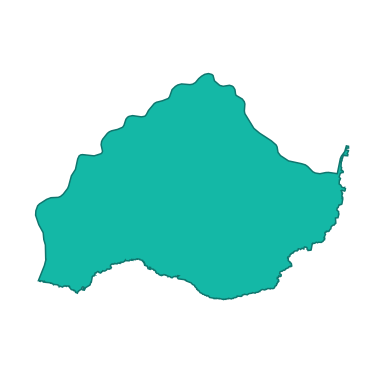 outline of Cabrera, María Trinidad Sánchez, Dominican Republic, rotated 100°
{"feature_id": "3306468B70752003572919", "entity_name": "Cabrera", "entity_type": "district", "adm_level": 2, "iso_a3": "DOM", "parent_name": "Dominican Republic", "parent_adm1": "María Trinidad Sánchez", "projection": "robinson", "projection_center": [-69.932, 19.577], "detail": "fine", "context": "isolated", "style": "filled", "palette": "teal", "viewbox_px": 384, "rotation_deg": 100, "n_neighbors": 0, "source": "geoboundaries", "source_scale": "gbopen_adm2", "svg_char_len": 5944}
<svg xmlns="http://www.w3.org/2000/svg" viewBox="0 0 384 384"><g transform="rotate(100 192 192)"><path d="M290.1,324.6L306.0,327.9L306.0,326.3L306.4,326.3L306.4,325.9L305.7,325.9L305.7,323.2L306.4,322.8L306.0,322.4L306.4,322.0L306.4,321.3L306.0,321.3L306.4,320.9L306.0,315.4L306.4,315.4L306.4,313.4L307.4,312.3L307.0,311.9L306.7,308.0L307.7,307.2L307.7,306.0L308.1,306.0L307.7,305.6L308.1,302.9L307.0,302.1L306.7,300.5L306.4,300.5L306.7,299.4L306.4,299.4L306.0,297.0L306.4,297.0L306.4,296.2L307.0,296.2L309.1,293.9L309.1,291.6L309.4,291.6L309.4,290.8L309.8,290.8L309.8,290.0L310.4,289.2L311.1,289.2L311.5,287.3L310.4,287.3L309.8,286.5L309.1,286.5L307.0,284.1L305.0,283.7L304.3,283.0L304.7,281.8L305.3,281.4L306.0,282.2L307.4,282.6L307.4,281.0L304.7,280.2L301.3,276.3L298.2,275.9L298.2,275.5L292.5,275.5L291.8,274.8L291.8,274.0L290.4,273.6L290.4,273.2L290.1,273.6L288.4,273.2L288.4,272.4L286.7,271.2L286.7,270.1L287.4,269.7L287.7,268.1L287.0,267.3L286.3,267.3L285.7,266.2L285.0,266.2L285.0,264.2L283.6,262.6L282.6,262.3L282.3,259.9L281.6,259.5L281.6,258.7L280.2,258.3L279.2,259.5L278.2,259.5L276.8,258.3L276.8,257.2L276.5,257.2L276.2,255.6L275.8,255.6L275.8,253.3L274.8,252.5L274.8,250.5L274.1,250.5L274.1,249.8L273.5,249.8L273.1,247.8L271.8,246.2L271.1,246.2L271.1,245.5L270.7,245.5L271.1,245.1L270.7,241.9L269.7,241.2L269.7,239.6L269.0,239.6L269.4,238.4L268.7,238.4L268.4,235.7L267.7,235.3L267.7,234.1L267.3,234.1L267.3,231.8L267.7,231.8L268.0,228.7L268.7,228.7L269.0,227.5L269.7,227.5L269.7,226.7L270.7,226.7L271.1,225.9L271.4,226.3L272.4,225.9L272.8,223.2L275.1,222.0L275.5,219.7L274.8,219.3L273.8,220.8L273.5,220.8L273.5,219.7L274.1,219.7L274.8,218.9L274.8,216.5L275.5,216.1L275.5,215.4L275.8,215.4L275.8,214.6L276.5,213.8L277.2,213.8L278.2,212.6L278.2,211.1L279.2,209.9L279.6,207.9L279.2,207.9L279.2,206.8L278.9,206.8L278.5,205.2L278.2,205.2L278.2,203.6L278.5,203.6L278.9,201.3L279.6,200.9L279.2,200.5L279.2,198.6L279.9,197.8L279.9,196.6L278.5,195.4L278.2,193.5L277.9,193.5L277.9,191.9L276.8,191.5L276.8,190.4L277.9,191.5L278.9,191.5L279.9,190.4L279.6,183.7L279.9,183.7L280.2,182.2L280.6,182.2L281.6,177.1L282.9,175.5L283.6,173.2L284.6,172.8L286.3,170.4L287.0,170.4L287.4,169.3L288.0,168.9L288.0,168.1L289.7,166.5L290.1,164.6L290.8,163.8L290.8,162.2L291.4,161.4L291.4,159.1L291.8,159.1L291.4,157.9L292.8,156.4L292.8,151.7L293.1,151.7L292.8,149.7L292.4,149.7L292.4,146.6L292.1,146.6L292.4,142.3L292.1,142.3L291.8,140.0L291.4,140.0L290.8,137.6L290.4,137.6L290.4,134.5L289.7,133.7L289.7,132.9L288.7,132.1L288.4,130.6L287.4,129.4L286.7,129.4L286.3,125.5L285.7,124.7L285.0,124.7L284.3,123.9L284.3,123.2L283.6,122.8L283.6,119.6L282.3,118.5L281.2,115.3L280.6,115.0L280.6,112.2L279.9,111.8L279.2,109.5L278.5,109.1L278.2,107.9L277.5,107.9L275.8,106.0L275.8,103.2L275.1,102.8L275.1,102.1L273.8,100.5L273.8,98.1L273.4,98.1L273.1,95.4L272.1,94.2L270.4,93.9L269.4,92.7L267.7,92.7L267.7,92.3L265.6,91.9L265.6,91.5L264.6,91.5L264.6,91.1L263.3,91.5L262.6,92.3L262.6,93.1L261.2,93.1L260.9,91.9L259.5,91.9L259.9,90.3L259.2,89.6L257.8,89.9L257.2,91.5L255.5,91.5L254.5,90.3L254.5,89.6L253.1,88.4L253.1,87.6L252.1,86.4L251.4,86.4L249.7,83.7L249.0,83.7L248.4,82.9L248.4,82.1L248.0,82.1L248.0,81.4L247.3,81.4L247.3,81.0L245.3,81.7L244.6,82.5L244.6,83.3L243.9,83.3L242.9,85.3L240.9,85.6L240.5,86.4L239.5,86.4L239.2,85.3L238.5,85.3L238.2,84.5L236.5,84.5L236.1,83.7L235.5,83.7L234.8,82.9L234.8,82.1L234.1,82.1L233.8,81.4L233.1,81.4L232.1,80.2L231.7,78.2L231.1,78.2L230.7,77.4L229.4,77.4L229.4,75.5L229.7,75.1L228.3,73.9L228.7,72.0L227.0,72.0L226.6,71.6L226.6,69.6L227.3,68.8L228.3,68.8L229.0,68.1L229.0,67.3L229.4,67.3L228.7,64.9L228.0,64.9L228.0,64.6L222.2,64.6L222.2,64.2L221.5,64.2L221.2,62.2L219.9,61.0L220.2,59.5L219.5,58.7L219.2,56.0L217.8,54.4L216.5,54.0L216.1,53.2L214.8,53.2L214.8,53.6L213.8,53.6L213.8,54.0L210.4,53.2L209.7,54.0L208.7,54.0L208.0,52.8L207.3,52.8L207.3,51.3L207.0,51.3L206.6,50.1L204.9,49.7L204.2,48.9L201.9,48.9L200.2,47.4L199.8,46.2L199.2,46.2L198.5,45.4L197.5,45.4L197.5,45.0L192.7,46.2L192.0,43.8L188.3,43.5L188.3,43.8L185.9,44.2L184.6,46.2L182.5,46.2L181.9,45.4L179.2,45.0L179.2,44.2L178.5,43.8L178.5,43.1L177.8,42.3L172.7,42.3L172.7,42.7L171.7,42.7L171.7,43.1L171.0,42.7L170.0,43.8L167.6,43.5L167.6,43.8L166.9,43.8L166.9,44.2L165.6,44.6L164.9,45.4L164.2,44.6L164.6,41.9L164.2,41.5L161.9,41.5L161.5,42.7L161.2,42.7L161.5,43.1L161.2,45.4L159.5,46.6L158.5,48.5L154.7,48.9L154.7,48.5L153.0,48.1L151.7,49.7L148.3,49.3L146.9,48.1L146.6,46.6L145.6,46.6L144.9,47.4L144.9,48.1L144.6,48.1L144.6,48.9L141.8,48.9L141.2,49.7L137.1,50.1L137.1,50.5L135.1,50.1L135.1,49.7L133.0,50.1L133.0,49.7L129.6,49.3L129.3,48.9L129.3,47.8L129.6,47.8L129.3,45.0L127.9,45.0L127.3,45.8L124.2,45.0L123.9,45.4L123.9,47.8L122.2,47.8L121.5,45.4L119.8,45.8L119.8,47.8L119.1,47.9L125.7,48.6L130.8,51.1L133.4,51.7L148.7,52.1L149.0,60.9L149.6,63.6L151.8,69.2L151.9,73.8L151.1,76.5L146.8,82.5L145.6,85.1L145.1,89.1L144.6,102.4L140.8,111.2L138.0,114.2L132.9,116.0L131.1,117.3L127.8,122.8L122.3,135.7L118.6,142.1L105.6,153.6L103.1,154.5L96.2,155.2L94.0,156.2L91.7,158.6L89.2,165.3L88.0,166.1L83.7,167.5L81.4,169.5L80.7,171.0L80.4,173.6L82.5,179.7L82.2,183.2L78.6,189.2L73.6,191.5L72.8,192.9L72.5,196.4L73.9,199.9L76.3,202.7L79.2,205.1L83.6,207.6L85.7,210.1L86.6,212.6L87.4,221.0L89.0,224.5L90.9,226.7L94.6,229.4L102.0,230.6L104.0,231.6L107.3,237.0L109.8,242.6L111.4,244.5L119.2,249.0L123.7,250.4L125.6,251.6L126.8,254.9L127.1,263.8L128.5,267.2L129.6,268.5L131.8,269.7L138.2,270.6L140.3,271.6L143.3,276.2L145.7,281.8L147.1,283.9L148.9,285.5L155.5,289.1L157.9,289.8L161.3,289.7L167.4,287.2L168.9,287.4L170.1,288.3L173.4,294.6L174.2,306.4L174.8,308.1L176.0,309.4L179.3,310.3L190.0,310.7L197.0,313.6L207.5,314.5L210.1,315.1L216.6,318.5L219.2,320.7L220.5,322.8L222.1,329.9L224.5,333.9L230.2,340.1L232.4,341.6L237.6,342.5L242.0,342.0L250.8,337.2L257.9,331.5L264.5,329.7L269.6,327.2L283.6,324.4L283.6,324.1L290.1,324.6Z" fill="#14b8a6" stroke="#0f766e" stroke-width="1.5"/></g></svg>